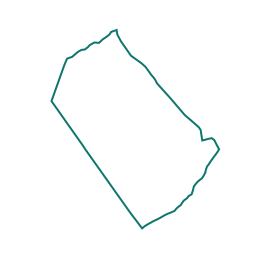 São Bento do Norte, Rio Grande do Norte, Brazil, rotated 131°
{"feature_id": "56859067B38595595329522", "entity_name": "São Bento do Norte", "entity_type": "district", "adm_level": 2, "iso_a3": "BRA", "parent_name": "Brazil", "parent_adm1": "Rio Grande do Norte", "projection": "albers", "projection_center": [-36.003, -5.149], "detail": "fine", "context": "isolated", "style": "outline", "palette": "teal", "viewbox_px": 256, "rotation_deg": 131, "n_neighbors": 0, "source": "geoboundaries", "source_scale": "gbopen_adm2", "svg_char_len": 1008}
<svg xmlns="http://www.w3.org/2000/svg" viewBox="0 0 256 256"><g transform="rotate(131 128 128)"><path d="M115.6,219.5L122.4,217.3L157.9,203.4L171.0,150.0L171.8,147.5L190.4,71.0L194.5,51.5L191.3,51.0L188.9,50.3L185.8,49.2L181.9,47.8L177.9,46.1L175.1,44.9L172.1,43.9L169.0,42.8L166.2,41.5L163.7,40.2L160.1,38.5L156.9,38.6L154.1,38.2L151.7,37.6L149.0,38.0L146.3,38.3L142.3,37.4L139.7,37.6L136.3,36.5L132.6,38.0L128.8,40.0L125.4,40.2L122.8,40.2L120.2,39.8L117.7,39.2L114.3,39.6L110.9,40.4L108.3,41.9L105.1,43.1L102.5,43.2L99.8,43.6L97.3,43.9L94.0,44.2L91.1,44.4L87.6,44.7L84.3,45.3L83.1,48.6L80.5,55.0L80.8,58.3L88.7,63.8L81.8,71.9L81.0,74.9L80.9,78.0L81.0,93.5L77.6,116.4L75.3,135.4L73.8,139.0L73.1,141.9L72.7,145.0L70.4,154.8L70.3,160.1L71.5,173.1L67.2,190.2L64.4,197.5L61.5,200.9L64.3,202.5L66.7,203.8L69.6,203.3L74.0,204.2L77.4,205.2L82.7,205.7L85.6,209.5L90.7,211.3L93.4,211.3L97.1,212.1L99.5,214.3L102.9,215.6L106.6,216.2L110.9,216.8L115.6,219.5Z" fill="none" stroke="#0f766e" stroke-width="2"/></g></svg>